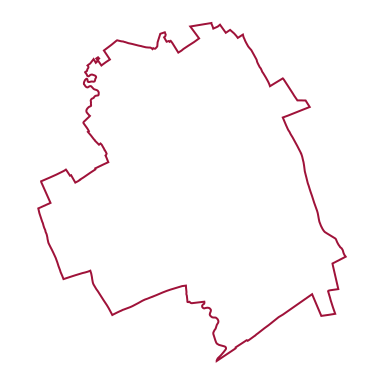 the district of Andrieseni, Iasi, Romania
{"feature_id": "2599482B25328150396087", "entity_name": "Andrieseni", "entity_type": "district", "adm_level": 2, "iso_a3": "ROU", "parent_name": "Romania", "parent_adm1": "Iasi", "projection": "albers", "projection_center": [27.294, 47.519], "detail": "fine", "context": "isolated", "style": "outline", "palette": "rose", "viewbox_px": 384, "rotation_deg": 0, "n_neighbors": 0, "source": "geoboundaries", "source_scale": "gbopen_adm2", "svg_char_len": 5690}
<svg xmlns="http://www.w3.org/2000/svg" viewBox="0 0 384 384"><path d="M242.9,34.6L237.8,37.9L236.5,36.1L234.2,33.5L230.1,29.9L225.8,32.8L220.0,24.7L218.0,26.4L217.1,26.9L213.3,28.6L212.7,26.7L211.8,24.5L211.5,24.0L211.4,23.0L190.3,26.5L199.1,38.4L194.0,42.1L188.5,45.6L183.4,49.0L181.5,50.6L178.3,52.6L172.4,43.1L171.3,41.6L170.7,40.9L169.6,41.8L168.9,41.0L166.6,41.7L164.1,37.3L165.2,36.4L165.7,34.7L164.8,32.3L160.3,33.8L157.6,42.3L157.3,46.2L157.1,46.6L156.4,47.5L155.3,48.6L155.1,48.7L154.2,48.6L153.7,48.5L153.2,48.2L152.5,49.1L152.2,48.8L151.2,48.0L150.4,47.6L148.0,47.5L145.9,47.3L142.1,46.4L141.6,46.2L138.6,45.6L131.9,43.9L128.5,43.2L125.2,42.1L124.6,42.0L123.2,41.5L121.3,41.3L117.9,40.5L117.1,40.3L116.1,41.0L111.6,44.7L103.9,50.5L109.9,59.5L106.1,62.0L103.1,64.2L101.4,65.5L98.4,61.1L97.6,59.8L99.1,58.5L98.0,57.3L96.3,58.5L97.7,60.1L98.0,60.6L96.8,61.4L97.0,61.7L95.8,62.8L93.6,59.1L90.2,63.5L88.3,64.8L87.5,65.5L88.1,66.1L88.3,66.6L88.4,67.0L88.4,67.5L88.2,68.0L87.3,69.4L87.1,70.6L86.8,71.1L86.4,71.4L85.6,71.7L85.3,71.9L85.1,72.2L85.2,72.4L85.4,72.7L86.5,74.1L87.4,75.9L87.9,76.2L88.5,76.3L89.0,76.1L90.4,74.9L91.4,74.6L92.3,74.6L94.8,75.5L95.4,75.9L95.8,76.3L96.0,76.6L96.1,77.0L96.1,77.4L95.9,77.8L95.3,78.9L95.0,80.4L94.7,81.1L94.5,81.4L93.7,81.7L91.7,81.5L91.0,81.6L89.8,81.9L89.2,82.0L88.5,82.0L88.1,81.8L87.8,81.6L87.7,81.2L87.6,80.3L87.3,79.3L87.1,79.0L86.8,78.8L86.4,78.8L86.0,79.1L85.0,80.1L84.6,81.0L84.2,81.8L83.9,83.0L83.9,83.9L84.0,84.3L84.6,84.9L85.4,86.2L85.9,86.7L86.3,87.0L86.9,87.3L87.7,87.4L88.1,87.2L89.3,86.4L89.9,86.2L90.4,86.1L90.8,86.1L91.4,86.5L93.7,89.0L94.5,89.4L96.5,90.0L97.5,90.5L98.1,91.2L98.5,91.9L98.7,92.4L98.7,93.1L98.7,94.1L98.6,94.7L98.5,95.0L98.1,95.4L96.1,95.7L95.6,95.8L95.1,96.1L94.4,96.7L93.7,97.8L93.4,98.0L91.9,98.7L91.2,99.4L90.8,100.2L90.7,100.8L91.0,102.1L90.9,103.7L91.1,105.3L90.8,106.1L89.4,106.7L88.7,107.1L88.1,107.7L87.5,108.3L86.8,109.3L86.4,110.3L86.4,111.4L86.5,111.8L86.8,112.5L89.0,115.1L89.9,115.9L89.4,116.5L83.9,121.7L83.5,122.3L83.4,122.8L83.6,123.3L87.4,128.6L88.4,130.3L88.9,131.2L87.9,131.9L90.9,135.4L92.5,137.5L93.9,139.3L94.9,140.3L94.9,140.6L99.0,144.7L100.5,143.5L101.7,144.7L103.1,147.2L103.8,148.3L103.8,148.5L104.2,149.1L104.5,150.0L105.0,150.4L105.0,150.6L105.7,151.7L106.6,153.6L106.1,155.0L105.5,155.5L106.5,157.7L108.3,162.2L103.5,164.4L95.2,168.4L95.4,169.4L90.5,172.6L83.4,177.5L79.9,179.7L80.0,179.9L78.0,181.2L75.3,182.6L71.1,175.2L70.7,175.4L70.0,175.7L66.8,170.8L65.9,169.6L65.2,170.1L63.7,171.0L56.4,174.6L49.7,177.6L41.1,181.3L41.3,182.3L42.0,183.8L50.5,202.9L38.3,208.4L39.4,213.2L42.2,221.7L42.8,223.0L43.6,226.0L44.2,227.8L45.3,230.3L45.5,231.6L45.7,232.1L46.6,234.2L47.0,235.8L47.4,237.7L47.5,238.8L48.4,242.8L49.2,244.5L50.7,247.5L51.6,249.2L53.3,252.7L55.7,257.9L57.4,262.6L58.0,264.5L58.5,266.1L60.0,270.1L60.6,272.1L62.3,276.0L63.5,279.1L73.6,275.8L75.5,275.2L82.4,273.1L85.3,272.4L88.0,271.6L90.3,270.7L91.2,273.5L91.9,277.0L92.2,279.2L92.8,282.4L93.1,283.4L93.5,284.4L96.3,289.1L97.9,291.3L103.5,300.1L106.9,305.2L108.7,308.2L111.2,312.9L112.3,315.0L114.0,314.1L117.2,312.5L120.8,310.8L121.5,310.6L122.4,310.0L123.6,309.6L130.3,307.1L132.5,306.1L138.4,303.0L142.5,300.7L145.3,299.4L146.3,299.1L156.0,295.3L162.6,292.5L166.7,290.9L170.5,289.6L182.1,286.1L185.9,285.6L186.1,288.5L186.5,292.2L186.4,292.9L186.4,294.2L186.6,294.9L186.8,295.5L186.9,296.3L187.3,299.9L187.4,301.0L187.4,301.8L187.6,302.0L188.5,302.1L189.5,301.8L190.5,302.8L190.9,303.0L191.8,303.2L204.3,301.7L204.4,302.3L204.4,302.8L204.3,303.3L204.1,303.8L203.1,304.4L202.6,305.0L202.2,305.6L202.1,306.1L202.2,306.5L202.3,307.1L203.0,307.9L203.7,308.3L204.3,308.4L205.6,308.0L207.3,307.7L208.8,307.9L209.6,308.3L210.4,309.1L210.8,309.7L210.9,310.5L210.7,311.5L210.1,312.9L209.8,314.1L209.8,314.8L210.3,315.7L211.2,316.6L212.2,317.3L213.3,317.5L215.0,317.5L215.9,317.7L216.8,318.4L217.6,319.2L218.2,320.4L218.4,321.4L218.2,322.6L216.8,324.9L215.6,328.7L214.6,330.0L213.8,331.5L213.3,332.8L213.3,333.9L215.4,340.5L216.2,342.6L216.8,343.5L217.3,343.9L219.0,344.9L224.5,346.4L225.1,346.7L225.6,347.1L225.9,347.6L226.0,348.2L226.0,348.7L225.7,349.4L223.7,352.0L220.7,355.5L217.9,358.2L217.4,359.0L216.7,360.5L216.7,361.0L235.7,348.3L235.6,347.4L245.3,341.1L246.6,340.2L246.9,340.2L247.7,340.8L249.4,339.7L255.6,335.2L256.3,334.5L257.7,333.5L264.6,328.1L268.7,325.1L278.7,317.1L282.9,314.6L312.1,294.2L321.3,315.9L329.1,314.8L335.2,313.8L332.9,307.2L330.7,300.3L330.3,298.8L330.2,298.3L328.1,291.2L328.5,290.7L330.0,290.3L338.3,289.1L338.1,288.2L332.8,265.2L332.5,263.5L345.7,256.7L345.0,255.7L344.4,254.9L343.9,253.8L343.5,252.9L343.0,251.0L342.7,250.1L342.3,249.4L341.6,248.3L340.1,247.1L340.0,246.8L339.8,246.5L338.5,244.7L337.2,242.3L335.9,239.2L335.5,238.7L335.0,238.3L327.3,233.6L324.8,232.0L323.9,231.0L322.8,229.4L322.1,228.1L320.9,225.7L320.1,223.6L319.4,221.8L318.9,219.5L318.0,214.5L317.7,213.0L317.1,210.9L314.2,202.8L312.0,195.9L310.6,191.9L309.7,189.1L308.6,185.5L307.9,183.6L307.4,181.7L306.3,177.2L305.7,174.9L304.8,171.3L304.1,165.8L303.5,162.1L303.2,161.0L302.2,156.7L301.6,154.8L301.3,154.1L301.0,153.5L301.1,153.4L297.2,145.8L295.6,142.9L294.9,141.6L292.6,137.4L290.7,134.3L289.3,131.5L288.6,130.6L287.8,129.1L286.0,125.1L282.8,117.5L288.0,115.6L303.3,109.5L309.7,107.0L305.6,100.5L300.9,100.4L297.4,100.4L294.1,95.6L292.9,93.6L284.1,80.0L283.7,79.4L282.8,78.4L275.2,83.0L270.0,86.2L269.3,84.2L268.3,82.0L267.5,80.5L265.9,77.6L263.1,73.0L262.5,72.2L262.2,71.7L261.5,70.0L260.9,68.7L260.6,68.2L259.8,67.3L257.7,63.2L257.0,61.5L256.7,60.0L256.1,58.8L251.7,50.8L251.3,50.1L249.1,47.6L248.1,46.3L246.1,42.7L245.2,40.9L244.3,38.7L243.6,37.3L242.9,34.6Z" fill="none" stroke="#9f1239" stroke-width="2"/></svg>